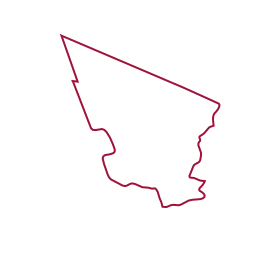 the Province of Amman, rotated 203°
{"feature_id": "JOR-851", "entity_name": "Amman", "entity_type": "Province", "adm_level": 1, "iso_a3": "JOR", "parent_name": "Jordan", "parent_adm1": "", "projection": "robinson", "projection_center": [36.094, 31.647], "detail": "fine", "context": "isolated", "style": "outline", "palette": "rose", "viewbox_px": 256, "rotation_deg": 203, "n_neighbors": 0, "source": "natural_earth", "source_scale": "10m", "svg_char_len": 1313}
<svg xmlns="http://www.w3.org/2000/svg" viewBox="0 0 256 256"><g transform="rotate(203 128 128)"><path d="M197.3,149.6L192.5,151.0L208.8,168.9L225.1,186.8L225.3,187.0L91.7,186.8L54.0,185.9L52.7,184.8L52.3,183.0L52.6,180.1L53.1,178.0L54.1,175.1L54.3,173.8L54.0,171.8L53.1,169.0L50.1,163.6L51.5,162.3L52.2,161.7L53.2,160.7L53.7,159.7L55.8,153.0L56.7,151.4L58.4,148.9L58.8,147.9L58.5,147.0L57.6,146.1L56.8,145.1L56.7,144.0L57.1,142.9L57.2,141.5L56.5,139.6L51.1,133.7L50.1,131.4L49.2,127.6L49.0,126.1L49.2,124.8L49.8,123.7L51.9,121.1L52.7,119.7L52.9,118.4L52.7,107.7L51.8,106.8L50.9,106.7L49.4,107.3L47.5,107.8L41.2,107.8L36.5,109.1L36.7,106.4L37.0,104.9L38.6,100.3L38.4,99.1L37.7,98.3L34.8,97.8L33.2,97.3L31.8,96.6L31.0,95.6L30.7,94.2L31.6,92.6L33.4,90.9L40.7,87.1L43.8,84.9L49.4,78.1L51.3,76.6L56.0,75.1L58.0,74.0L61.8,70.2L65.5,69.0L68.4,72.8L71.4,75.6L75.6,80.7L78.0,82.5L79.6,83.0L82.0,81.6L83.6,81.3L85.6,81.1L91.7,79.1L99.7,79.2L102.3,78.7L103.9,77.7L106.3,74.8L107.7,73.5L110.4,72.9L123.6,74.0L126.2,75.2L128.7,77.4L135.8,85.3L139.4,90.0L139.6,92.3L138.5,94.1L135.0,96.3L132.2,98.6L131.2,100.0L131.1,101.3L131.8,103.0L135.2,106.8L140.8,112.1L146.2,115.9L149.1,117.0L151.5,116.9L157.4,113.2L159.5,112.6L161.8,113.2L196.8,149.3L197.2,149.5L197.3,149.6Z" fill="none" stroke="#9f1239" stroke-width="2"/></g></svg>